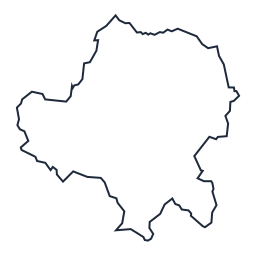 outline of Radovish, Radoviš, North Macedonia
{"feature_id": "65306769B69057078753294", "entity_name": "Radovish", "entity_type": "district", "adm_level": 2, "iso_a3": "MKD", "parent_name": "North Macedonia", "parent_adm1": "Radoviš", "projection": "equal_earth", "projection_center": [22.502, 41.651], "detail": "fine", "context": "isolated", "style": "outline", "palette": "slate", "viewbox_px": 256, "rotation_deg": 0, "n_neighbors": 0, "source": "geoboundaries", "source_scale": "gbopen_adm2", "svg_char_len": 1402}
<svg xmlns="http://www.w3.org/2000/svg" viewBox="0 0 256 256"><path d="M223.8,64.4L219.0,55.9L217.0,46.3L208.1,48.2L202.2,44.1L196.7,36.3L177.7,28.7L171.8,31.3L167.5,29.6L163.2,32.7L159.8,32.1L154.6,34.8L150.3,33.3L148.3,34.6L145.7,32.8L142.8,34.1L140.7,32.1L136.9,32.5L129.5,23.0L125.3,23.2L119.3,20.3L115.6,15.4L106.3,25.9L97.3,31.7L94.3,40.4L98.1,40.2L96.4,50.7L89.9,62.2L84.1,63.4L82.4,79.1L78.3,84.4L74.3,85.4L72.8,87.9L72.0,85.9L70.7,96.2L66.2,101.6L45.2,99.4L42.5,94.0L31.9,91.7L22.2,99.3L21.0,103.5L16.9,107.6L19.0,119.2L17.4,125.1L19.8,129.2L24.4,131.3L28.3,140.9L20.8,147.4L21.6,150.0L35.4,156.8L37.1,161.0L45.3,162.8L50.6,170.1L52.8,166.9L56.6,169.9L56.9,174.5L63.0,181.6L73.2,171.4L87.3,176.9L100.8,177.9L104.7,182.4L109.7,196.1L116.4,198.3L117.6,202.8L124.3,211.3L122.2,223.2L116.0,230.3L130.7,229.1L143.4,237.0L144.8,240.0L147.9,240.6L151.1,238.7L153.2,233.9L149.4,228.0L149.7,221.9L160.2,213.9L164.6,204.5L172.3,198.5L175.3,204.0L179.2,205.4L181.8,209.5L188.5,210.4L191.2,213.5L190.9,215.8L202.8,226.2L205.0,227.2L211.4,222.6L212.2,212.5L216.5,205.1L212.4,191.6L213.5,189.0L212.4,183.2L211.2,181.2L203.9,181.2L197.6,178.3L202.7,170.8L200.9,170.4L194.3,156.1L209.4,136.8L216.1,139.2L217.9,136.9L226.7,136.2L228.1,123.5L225.4,115.9L229.9,110.9L230.4,101.9L233.8,100.9L239.1,95.8L236.4,91.1L234.5,91.1L233.9,87.5L228.7,87.4L223.8,64.4Z" fill="none" stroke="#1e293b" stroke-width="2"/></svg>